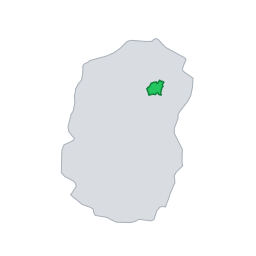 where Konče sits in North Macedonia, rotated 295°
{"feature_id": "MKD-2932", "entity_name": "Konče", "entity_type": "Statistical Region", "adm_level": 1, "iso_a3": "MKD", "parent_name": "North Macedonia", "parent_adm1": "", "projection": "robinson", "projection_center": [22.386, 41.511], "detail": "fine", "context": "in_parent", "style": "filled", "palette": "green", "viewbox_px": 256, "rotation_deg": 295, "n_neighbors": 0, "source": "natural_earth", "source_scale": "10m", "svg_char_len": 2064}
<svg xmlns="http://www.w3.org/2000/svg" viewBox="0 0 256 256"><g transform="rotate(295 128 128)"><path d="M116.3,70.7L120.3,71.2L129.1,68.9L134.6,65.7L137.3,65.3L141.1,64.0L146.4,64.2L151.8,65.6L158.6,63.8L165.4,60.8L168.1,61.6L171.0,64.1L172.9,64.8L184.1,78.0L190.2,83.4L197.4,87.5L205.7,90.4L208.6,93.3L213.9,107.4L216.5,112.8L220.0,114.4L220.8,115.9L221.0,117.9L217.0,127.9L215.5,150.1L214.5,151.8L210.4,151.8L204.9,152.2L202.8,153.9L200.6,165.9L191.8,169.3L183.8,171.2L177.0,170.8L165.1,168.0L161.3,167.7L157.9,169.3L147.3,170.1L142.7,172.2L131.7,186.2L120.6,191.0L116.8,193.5L108.3,190.4L104.3,190.1L98.4,193.6L85.5,194.0L82.1,194.6L72.2,195.2L71.8,193.2L69.9,190.4L65.3,189.1L55.9,190.2L53.6,188.2L49.8,176.3L46.8,174.4L43.4,170.4L37.8,157.5L37.7,151.9L38.1,146.9L35.0,135.4L37.0,132.4L40.0,130.6L40.1,125.9L39.3,118.9L42.9,105.0L43.8,104.0L44.7,104.6L53.2,105.8L55.4,104.0L56.8,101.3L57.3,91.1L59.4,86.4L79.8,77.5L85.8,77.1L90.4,81.2L94.0,83.9L96.2,83.8L97.0,81.1L99.6,76.1L103.8,73.1L116.2,70.7L116.3,70.7Z" fill="#d9dde1" stroke="#a8b0b8" stroke-width="1"/><path d="M169.7,138.2L169.5,137.1L169.2,136.4L168.7,135.7L168.1,134.7L167.3,133.9L166.8,133.4L166.7,133.3L166.8,132.9L167.2,132.5L167.9,132.0L168.5,131.5L169.4,130.7L170.2,129.7L171.1,129.0L171.4,128.5L172.1,128.8L172.6,128.8L173.3,128.9L173.9,129.4L174.5,129.9L175.0,130.0L175.9,130.0L177.3,130.1L178.4,130.2L179.0,130.7L180.0,131.7L180.6,132.7L181.3,133.4L181.6,133.8L181.6,134.3L181.4,134.7L181.1,135.0L180.7,135.2L180.7,135.6L181.1,135.9L181.8,136.1L182.7,136.1L184.0,136.4L184.5,136.6L184.4,136.7L184.4,137.2L184.4,137.9L184.4,138.6L184.7,139.3L184.8,140.2L184.8,140.8L184.5,141.1L183.6,141.0L183.2,140.7L182.7,140.7L181.8,141.0L180.8,141.5L180.3,141.9L180.3,142.1L179.9,142.0L179.0,141.8L177.6,141.9L175.8,142.3L174.4,142.6L172.7,143.2L172.4,143.7L172.3,144.1L172.0,144.1L171.9,144.0L171.7,143.7L171.5,142.6L171.4,141.9L171.6,141.3L171.8,141.2L172.2,140.8L172.4,140.2L172.0,139.5L171.4,139.2L170.6,138.8L169.9,138.7L169.7,138.2Z" fill="#22c55e" stroke="#15803d" stroke-width="1.5"/></g></svg>